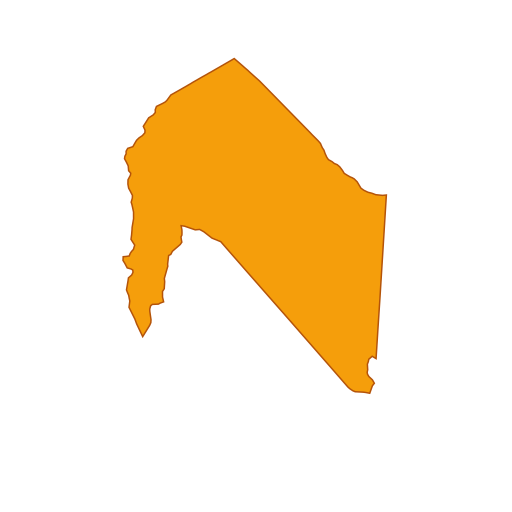 outline of Tacaratu, Pernambuco, Brazil, rotated 139°
{"feature_id": "56859067B10052664253182", "entity_name": "Tacaratu", "entity_type": "district", "adm_level": 2, "iso_a3": "BRA", "parent_name": "Brazil", "parent_adm1": "Pernambuco", "projection": "mercator", "projection_center": [-38.018, -8.913], "detail": "fine", "context": "isolated", "style": "filled", "palette": "amber", "viewbox_px": 512, "rotation_deg": 139, "n_neighbors": 0, "source": "geoboundaries", "source_scale": "gbopen_adm2", "svg_char_len": 2231}
<svg xmlns="http://www.w3.org/2000/svg" viewBox="0 0 512 512"><g transform="rotate(139 256 256)"><path d="M232.7,99.8L210.9,121.9L189.2,143.8L117.6,216.5L120.7,218.7L125.4,223.7L127.4,227.4L129.7,230.7L131.5,234.9L132.3,238.4L131.0,245.6L131.3,249.8L132.1,252.1L133.0,253.8L134.1,256.9L135.2,260.5L134.6,264.0L134.3,268.4L134.8,271.7L136.2,274.4L136.7,277.3L138.1,281.2L137.8,284.1L136.6,288.1L135.3,291.3L134.9,294.3L134.3,296.3L133.5,298.7L133.5,301.8L133.7,305.1L134.1,310.8L134.2,313.5L137.0,360.9L138.5,385.8L139.1,390.5L140.1,398.4L140.4,401.6L140.8,404.3L142.9,419.3L169.7,424.5L171.9,425.0L174.2,425.4L178.9,426.4L190.1,428.6L192.1,428.9L206.3,431.7L214.6,433.4L221.2,431.9L223.4,431.8L226.3,432.4L233.0,434.2L236.1,432.5L237.8,430.4L241.1,429.9L246.3,430.7L256.0,427.8L257.2,423.8L259.0,421.9L262.8,421.4L266.8,421.9L270.2,421.7L272.9,420.8L277.2,419.3L282.2,421.4L285.3,420.3L287.0,418.3L289.5,417.3L291.4,415.7L292.1,412.4L293.3,407.9L296.2,403.9L296.2,400.7L297.7,399.4L302.6,397.5L305.5,394.3L307.6,390.8L308.5,386.8L309.5,382.8L311.4,380.8L314.9,378.5L315.8,376.4L317.8,372.7L319.6,369.5L324.0,364.4L330.7,358.9L332.4,357.1L336.1,353.5L339.4,350.6L340.4,343.8L344.2,341.4L346.9,341.1L349.2,340.5L351.7,339.2L354.2,340.8L356.7,342.6L359.3,339.9L359.8,336.6L361.0,331.5L358.9,328.3L358.2,326.3L359.5,324.4L362.3,323.2L366.6,323.2L368.9,321.2L376.0,315.4L376.8,313.2L377.9,309.8L379.4,307.3L380.8,304.8L385.5,300.6L388.8,287.8L390.6,283.1L393.5,272.8L394.4,269.5L381.8,273.4L379.1,274.7L377.1,276.7L372.4,284.0L371.0,285.7L368.1,287.6L366.0,287.5L361.2,283.7L359.2,283.3L355.8,282.0L353.5,286.3L349.8,290.6L346.7,291.5L341.8,296.5L339.9,299.2L331.4,304.8L329.3,306.1L328.0,307.9L321.6,313.7L319.3,313.1L316.0,314.4L311.9,314.4L305.6,314.4L302.9,315.1L301.6,317.3L300.1,319.6L298.2,320.4L296.7,322.0L294.8,324.3L292.6,328.0L290.3,325.3L284.7,315.6L281.1,313.0L279.5,308.6L277.5,298.4L273.2,289.9L273.2,277.8L273.1,246.9L272.8,188.4L272.6,116.8L272.6,96.8L272.3,94.4L271.3,90.7L270.2,88.5L264.4,82.9L262.8,81.1L260.2,77.8L253.3,81.7L250.2,82.3L249.4,86.1L249.9,91.0L249.4,93.6L248.4,95.3L246.4,96.8L242.9,101.3L240.5,102.6L238.6,104.1L234.1,104.1L232.7,99.8Z" fill="#f59e0b" stroke="#b45309" stroke-width="1.5"/></g></svg>